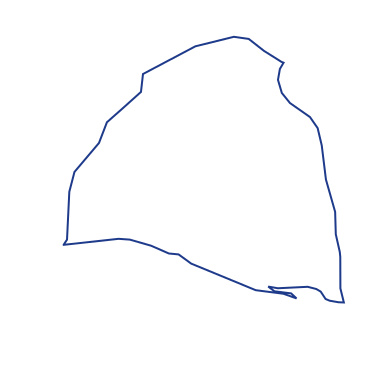 outline of An Nuqat al Khams, rotated 167°
{"feature_id": "LBY-2974", "entity_name": "An Nuqat al Khams", "entity_type": "Municipality", "adm_level": 1, "iso_a3": "LBY", "parent_name": "Libya", "parent_adm1": "", "projection": "equal_earth", "projection_center": [11.821, 32.743], "detail": "fine", "context": "isolated", "style": "outline", "palette": "blue", "viewbox_px": 384, "rotation_deg": 167, "n_neighbors": 0, "source": "natural_earth", "source_scale": "10m", "svg_char_len": 727}
<svg xmlns="http://www.w3.org/2000/svg" viewBox="0 0 384 384"><g transform="rotate(167 192 192)"><path d="M73.7,297.4L78.7,292.1L83.0,281.9L82.2,268.3L76.5,256.6L60.2,238.5L55.2,226.0L55.1,208.2L58.7,174.0L57.0,140.4L61.4,118.5L61.5,100.4L62.1,95.5L69.1,64.7L68.9,50.2L74.0,51.6L82.3,55.1L85.9,57.7L89.0,66.0L92.7,69.5L100.6,73.6L130.0,78.9L139.0,82.7L134.0,76.7L118.2,70.9L114.1,64.8L125.8,72.3L152.0,82.0L208.9,122.4L219.1,134.2L228.4,137.3L244.0,148.9L263.3,159.6L274.1,162.9L328.9,169.4L328.9,169.5L324.5,173.7L311.5,219.8L302.0,238.0L271.6,260.7L259.2,279.1L240.2,289.4L219.2,301.0L213.2,318.0L155.9,333.2L116.3,333.8L102.3,328.4L90.1,313.3L75.6,298.7L73.7,297.4Z" fill="none" stroke="#1e3a8a" stroke-width="2"/></g></svg>